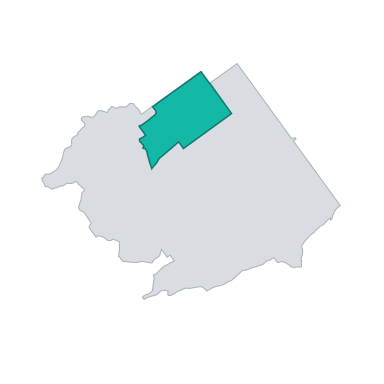 Al Malha, North Darfur, Sudan shown in context, rotated 54°
{"feature_id": "16777658B62126851922243", "entity_name": "Al Malha", "entity_type": "district", "adm_level": 2, "iso_a3": "SDN", "parent_name": "Sudan", "parent_adm1": "North Darfur", "projection": "robinson", "projection_center": [26.533, 17.176], "detail": "fine", "context": "in_parent", "style": "filled", "palette": "teal", "viewbox_px": 384, "rotation_deg": 54, "n_neighbors": 0, "source": "geoboundaries", "source_scale": "gbopen_adm2", "svg_char_len": 5402}
<svg xmlns="http://www.w3.org/2000/svg" viewBox="0 0 384 384"><g transform="rotate(54 192 192)"><path d="M250.8,293.9L248.0,293.9L247.7,293.2L247.7,291.1L248.0,289.6L249.0,287.1L248.8,285.8L248.9,283.8L248.2,281.6L241.4,275.3L240.1,273.6L236.4,272.0L237.1,270.2L235.5,257.3L236.2,255.8L236.4,253.6L236.4,251.6L237.2,248.3L237.3,246.9L230.2,246.8L230.1,248.2L230.4,249.8L230.4,250.4L220.5,250.5L224.5,255.6L224.7,257.8L224.5,260.5L224.5,262.3L224.8,263.5L225.8,265.7L225.8,266.2L225.5,266.7L218.5,273.4L217.3,276.6L216.4,278.2L214.4,281.0L207.9,288.2L206.9,288.7L202.0,288.9L201.5,289.1L201.1,289.4L200.9,289.3L196.7,285.1L189.6,280.0L184.9,282.7L183.6,283.6L183.6,286.1L182.9,287.3L181.6,288.7L178.2,289.6L176.4,290.3L174.2,291.7L172.1,294.0L172.0,295.2L172.2,296.2L160.3,296.2L159.5,295.3L157.8,291.5L156.5,291.8L145.6,291.3L144.1,291.7L141.0,293.3L139.4,293.5L137.8,292.8L132.1,285.3L130.8,284.4L129.5,282.6L128.3,281.9L127.9,281.3L127.8,280.5L127.8,278.8L127.4,277.8L126.5,277.6L118.8,279.3L117.7,279.1L116.1,279.4L115.5,279.7L114.9,280.7L114.8,282.8L114.6,283.8L114.0,284.9L111.8,287.5L111.3,288.6L111.4,291.4L111.2,292.8L110.9,293.5L110.0,294.5L109.6,295.2L109.2,298.8L108.0,300.9L107.7,301.7L107.7,303.3L107.5,303.7L104.0,305.0L102.7,305.8L101.9,307.0L101.7,307.5L100.2,307.1L98.3,306.8L94.7,306.4L93.2,305.8L92.5,305.0L92.7,302.8L92.4,302.3L91.8,301.9L91.4,301.0L91.5,299.9L93.4,297.3L93.8,296.0L94.3,289.7L94.2,287.8L92.7,284.2L89.2,278.1L88.4,276.9L84.0,271.9L83.5,271.2L82.5,269.0L83.6,264.4L83.7,263.1L83.4,261.8L82.3,260.8L81.3,260.7L80.0,259.4L79.2,258.9L78.5,257.8L77.9,256.3L78.3,250.8L78.1,250.0L77.0,249.8L76.7,249.5L76.8,248.4L76.2,245.3L75.5,242.7L75.9,241.3L75.0,239.3L73.2,238.5L69.7,239.1L68.6,239.0L67.9,238.7L67.3,238.0L67.1,237.1L67.3,235.9L68.3,233.5L69.6,231.6L72.1,229.9L72.8,228.9L73.1,227.9L73.2,226.7L73.1,225.5L72.8,224.4L72.0,222.9L71.4,221.1L71.4,219.9L71.7,219.0L72.4,218.0L74.9,216.0L77.4,214.3L77.8,213.7L77.7,213.0L76.5,211.6L76.2,208.9L75.5,207.1L76.8,205.7L77.8,205.2L79.3,204.7L79.9,204.1L80.0,203.0L80.0,201.9L80.5,201.1L81.3,199.4L81.8,198.6L83.8,196.6L84.2,195.3L84.4,194.1L83.8,190.3L85.0,188.7L86.4,187.4L88.5,187.5L91.7,187.2L93.9,186.7L95.4,186.7L98.9,187.4L99.3,187.1L99.5,186.1L99.7,114.1L114.3,114.1L114.5,114.0L114.6,80.0L206.5,80.0L207.3,79.9L208.7,76.7L209.3,76.5L210.2,76.7L210.6,77.4L209.8,80.0L290.0,80.0L290.3,83.9L291.0,87.0L293.3,91.4L295.3,93.8L296.0,95.2L296.1,95.8L296.0,96.3L295.4,95.7L294.4,95.2L294.3,97.3L294.9,101.6L295.7,104.6L295.2,107.3L295.3,112.0L296.5,117.6L296.3,121.2L298.1,129.6L299.8,134.2L300.7,135.4L301.7,136.0L303.7,136.4L306.6,138.7L308.9,141.2L309.7,142.5L310.8,143.9L311.5,143.7L312.0,143.3L312.7,144.5L316.4,147.0L316.9,148.1L315.6,149.3L314.2,151.2L313.5,153.0L313.1,153.6L311.9,154.7L311.7,155.3L311.2,155.6L310.7,155.7L309.5,156.3L308.4,156.1L307.3,156.4L306.8,156.9L306.0,157.2L304.8,157.5L302.9,159.0L301.3,159.7L300.8,160.4L300.0,163.4L299.4,164.2L296.9,164.3L295.8,164.6L294.2,164.2L293.4,164.3L293.2,164.9L292.9,167.6L293.0,168.7L291.7,171.7L292.1,177.3L290.9,181.5L290.7,182.4L289.4,185.8L288.8,187.0L287.2,193.2L286.6,195.1L285.2,197.2L286.8,212.1L285.6,216.7L285.7,219.2L284.9,222.9L284.2,224.6L283.2,226.6L282.3,228.9L281.5,231.9L281.0,237.7L280.8,238.2L276.5,238.9L275.2,239.3L274.3,240.0L273.2,241.4L271.0,245.5L269.9,248.0L268.1,251.3L266.0,253.7L265.6,254.9L265.3,257.1L264.5,260.5L263.8,263.0L264.0,264.9L263.3,268.3L263.4,270.0L262.7,270.9L261.7,271.8L261.1,272.0L258.0,269.7L256.0,271.3L254.7,273.5L253.6,275.7L254.3,280.5L254.2,281.5L253.9,282.6L252.0,287.2L251.4,289.4L250.8,293.0L250.8,293.9Z" fill="#d9dde1" stroke="#a8b0b8" stroke-width="1"/><path d="M151.8,136.0L151.8,118.8L151.8,118.7L151.8,113.9L114.9,113.7L114.9,114.0L100.0,114.0L100.0,120.8L100.0,121.5L100.0,129.9L100.0,137.0L99.9,147.4L99.8,168.4L99.9,169.3L99.8,173.8L104.7,173.6L106.5,174.1L107.8,176.2L108.0,180.6L108.0,182.2L108.3,185.9L108.3,186.0L108.3,189.6L108.3,191.2L108.3,191.9L108.3,192.8L108.0,193.9L107.9,194.4L107.7,195.4L107.6,195.6L107.6,196.1L110.0,196.2L110.5,196.2L112.7,196.2L116.2,196.2L118.9,196.2L118.9,196.3L118.8,199.3L118.3,203.5L119.6,204.1L120.6,204.5L122.5,204.1L124.4,204.0L125.8,203.7L126.6,204.1L127.0,204.8L127.5,205.9L127.9,205.9L128.4,205.2L129.2,204.5L129.6,204.5L130.4,204.4L131.9,204.5L132.8,204.9L134.2,205.2L135.7,206.1L144.8,209.4L147.5,210.2L148.7,210.6L149.4,210.8L149.3,210.6L149.2,210.3L149.2,210.0L149.1,209.7L148.9,209.0L148.8,208.4L148.7,208.2L148.6,207.7L148.5,207.2L148.4,206.6L148.3,206.4L148.1,205.6L148.1,205.3L148.0,205.1L147.9,204.8L147.9,204.7L147.8,204.4L147.7,203.8L147.6,203.4L147.5,203.0L147.5,202.9L147.4,202.7L147.3,202.4L147.2,202.3L147.1,202.2L147.0,201.9L146.9,201.8L146.8,201.7L146.7,201.5L146.6,201.4L146.5,201.2L146.4,201.1L146.3,200.9L146.2,200.7L146.2,200.4L146.1,200.2L146.0,199.8L145.9,199.6L145.9,199.3L145.8,199.0L145.6,198.4L145.5,198.1L145.5,197.9L145.5,197.7L145.5,197.3L145.5,197.1L145.4,197.0L145.4,196.9L145.4,196.1L145.2,193.2L144.8,187.9L144.6,186.2L144.6,185.1L144.3,181.5L144.0,178.6L144.0,178.3L143.9,176.9L143.8,175.9L143.8,175.6L143.8,175.3L143.7,174.9L143.7,174.5L143.7,174.1L143.6,173.7L143.6,173.4L143.8,173.3L144.0,173.3L144.5,173.3L145.4,173.3L145.7,173.3L146.0,173.3L146.8,173.3L147.8,173.3L148.3,173.3L148.8,173.3L149.3,173.3L150.6,173.4L150.9,173.4L151.8,173.4L151.8,136.0Z" fill="#14b8a6" stroke="#0f766e" stroke-width="1.5"/></g></svg>